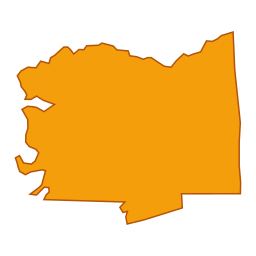 outline of Nova Bassano, Rio Grande do Sul, Brazil
{"feature_id": "56859067B37994166277971", "entity_name": "Nova Bassano", "entity_type": "district", "adm_level": 2, "iso_a3": "BRA", "parent_name": "Brazil", "parent_adm1": "Rio Grande do Sul", "projection": "natural_earth1", "projection_center": [-51.791, -28.727], "detail": "fine", "context": "isolated", "style": "filled", "palette": "amber", "viewbox_px": 256, "rotation_deg": 0, "n_neighbors": 0, "source": "geoboundaries", "source_scale": "gbopen_adm2", "svg_char_len": 1190}
<svg xmlns="http://www.w3.org/2000/svg" viewBox="0 0 256 256"><path d="M43.9,199.6L124.8,202.0L119.9,207.4L123.0,212.5L127.4,211.4L125.8,217.0L127.2,224.0L144.5,219.7L182.3,207.9L181.5,193.8L240.4,193.7L240.6,182.4L239.2,165.7L239.2,142.3L240.3,122.7L235.8,80.0L234.7,69.1L233.1,32.0L221.4,35.6L217.3,39.0L212.3,41.4L206.5,40.9L200.6,51.9L193.2,54.1L188.2,56.0L183.7,53.8L176.3,60.8L171.1,67.2L164.1,66.2L158.0,62.2L151.2,57.6L147.6,57.6L143.4,59.3L136.6,56.7L129.8,55.8L128.2,50.9L116.9,49.9L113.2,46.0L101.9,43.1L98.7,45.2L86.6,45.8L83.8,49.7L79.1,49.5L73.7,54.0L70.5,49.7L67.8,47.1L63.8,47.1L54.6,55.4L50.7,57.7L48.9,63.4L40.7,61.2L36.0,67.8L27.9,67.2L21.0,71.0L17.3,75.8L20.3,82.2L21.2,86.7L24.9,91.3L26.8,95.0L25.0,99.3L31.0,99.4L36.5,96.1L43.5,100.4L54.5,104.4L44.1,111.6L36.4,107.4L32.7,106.7L27.5,106.3L22.0,109.4L27.7,119.5L27.9,128.3L25.9,134.7L25.7,142.1L29.2,146.5L35.9,149.3L38.7,152.8L35.2,161.0L31.3,164.1L23.6,163.0L19.5,155.6L15.4,157.9L17.1,162.8L18.2,167.4L19.8,171.5L25.4,174.7L30.8,171.9L42.3,169.8L45.5,170.8L41.8,184.6L39.2,187.4L30.1,194.2L36.4,195.0L44.3,187.2L48.8,187.6L49.1,192.0L46.2,194.9L43.9,199.6Z" fill="#f59e0b" stroke="#b45309" stroke-width="1.5"/></svg>